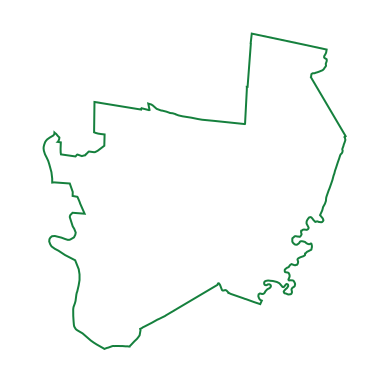 outline of C.A. Rosetti, Buzau, Romania, rotated 273°
{"feature_id": "2599482B61435890131280", "entity_name": "C.A. Rosetti", "entity_type": "district", "adm_level": 2, "iso_a3": "ROU", "parent_name": "Romania", "parent_adm1": "Buzau", "projection": "equal_earth", "projection_center": [27.145, 45.049], "detail": "fine", "context": "isolated", "style": "outline", "palette": "green", "viewbox_px": 384, "rotation_deg": 273, "n_neighbors": 0, "source": "geoboundaries", "source_scale": "gbopen_adm2", "svg_char_len": 5935}
<svg xmlns="http://www.w3.org/2000/svg" viewBox="0 0 384 384"><g transform="rotate(273 192 192)"><path d="M255.8,342.5L312.9,304.7L313.2,304.9L315.3,305.0L316.1,305.2L316.6,305.9L316.9,306.4L317.0,308.1L317.3,308.8L317.5,309.1L318.1,310.9L318.9,312.8L319.7,314.4L320.0,315.2L320.7,316.3L321.1,316.7L321.8,317.3L323.1,318.0L324.5,319.0L325.2,319.2L326.2,319.0L327.2,318.9L329.5,319.6L330.4,319.7L331.6,319.5L331.8,319.2L332.7,317.4L333.4,316.9L334.3,316.9L335.0,317.1L336.2,317.8L338.1,318.6L339.5,318.8L341.3,319.0L345.1,295.6L353.3,243.4L343.4,242.8L343.3,243.0L299.9,242.0L299.9,241.3L299.9,241.2L299.3,241.3L296.5,241.4L262.8,241.4L262.6,241.2L264.2,209.9L264.7,198.3L265.2,194.0L266.2,187.3L266.4,185.3L267.1,178.5L267.8,174.5L268.7,171.6L268.9,171.5L269.6,168.6L269.7,166.6L269.8,165.7L270.1,164.9L270.9,162.2L271.8,157.6L271.7,157.1L273.2,152.3L276.4,148.3L276.9,147.4L277.2,146.9L278.0,143.7L271.7,145.3L271.5,144.8L273.0,137.3L271.7,136.9L271.8,136.6L271.7,136.6L271.7,136.4L276.8,89.9L246.5,91.1L245.9,92.9L245.4,95.3L245.1,98.4L244.9,101.7L233.6,102.0L228.2,95.6L226.8,93.2L226.6,92.2L227.0,87.5L227.0,86.9L226.5,86.3L223.8,84.0L223.9,83.9L222.9,83.1L222.9,82.5L222.1,80.1L223.4,75.7L223.3,75.4L223.2,75.2L221.4,73.8L222.7,59.2L224.5,58.8L228.2,58.5L234.7,58.4L235.0,55.3L235.4,55.7L237.5,56.5L238.9,56.7L239.5,56.7L240.9,55.1L243.0,53.2L243.5,52.3L244.2,51.5L242.6,51.5L241.2,50.6L238.9,47.1L236.9,44.6L235.5,43.5L234.1,42.7L231.4,41.9L229.2,41.5L227.8,41.5L225.5,41.9L222.0,43.2L218.5,45.2L215.5,46.8L212.0,48.1L204.4,50.6L198.0,51.7L194.1,51.9L194.4,53.8L194.1,69.5L185.8,72.9L181.8,73.0L181.2,77.7L180.9,78.0L176.6,80.1L174.4,81.0L164.7,85.9L165.0,73.8L162.6,71.7L161.4,71.3L160.4,71.3L151.4,74.7L149.1,76.3L145.4,78.0L143.2,77.7L140.5,76.5L138.4,73.3L137.9,72.3L137.7,70.5L138.4,67.8L139.6,64.0L140.9,57.3L140.5,54.5L139.1,53.0L137.4,52.1L135.1,52.0L132.3,53.2L130.3,54.6L128.1,58.0L126.4,61.7L122.4,68.5L117.7,78.9L109.0,82.9L103.8,84.0L98.2,84.3L92.8,83.7L86.6,82.6L85.4,82.2L83.6,81.9L77.1,81.4L74.8,80.9L70.9,79.7L68.7,79.5L62.0,79.9L56.8,80.5L53.2,81.0L51.6,81.4L50.6,82.0L48.9,83.2L48.0,84.5L45.1,90.1L38.4,98.7L36.5,101.7L34.8,104.7L31.0,112.3L30.7,112.7L31.8,115.1L32.2,116.5L33.8,120.2L34.1,121.2L34.1,122.5L34.3,125.1L34.5,131.2L34.4,133.5L34.5,136.0L34.4,136.7L34.4,137.8L34.8,137.9L36.1,139.1L39.9,142.3L42.4,144.7L43.8,145.7L45.8,147.0L46.2,147.2L50.4,147.7L50.8,147.8L51.1,147.8L52.6,147.4L53.3,148.8L54.4,150.2L55.2,151.7L59.4,158.9L62.9,164.4L63.0,164.8L66.9,171.8L67.5,172.5L100.6,222.3L101.4,222.5L102.0,222.8L102.2,223.0L102.2,223.4L102.1,223.8L100.6,224.9L95.8,227.0L95.5,227.3L95.3,227.6L95.2,228.1L95.3,228.7L95.8,230.4L95.6,231.2L95.3,231.7L94.0,233.1L93.1,233.6L93.3,234.0L92.9,234.6L92.3,235.9L88.9,247.7L88.5,249.1L88.1,250.2L87.8,251.6L85.3,259.8L83.6,266.0L87.2,267.4L87.6,266.2L88.2,265.3L89.8,264.3L91.4,263.7L91.8,263.7L93.3,263.9L94.2,265.1L94.1,266.0L93.8,267.4L94.1,268.7L94.8,269.5L95.5,270.0L96.4,270.3L98.3,271.8L99.0,272.6L100.0,274.4L100.6,275.0L101.5,275.6L102.3,275.7L102.9,275.5L103.1,275.4L103.7,274.6L103.9,273.9L103.7,272.6L103.0,271.6L102.8,270.9L102.9,269.9L103.2,269.4L103.8,269.0L104.8,268.8L105.7,268.9L106.5,269.4L107.1,270.5L107.5,272.1L107.6,273.0L107.4,275.5L107.4,276.8L107.3,277.8L106.6,281.4L106.2,282.4L105.5,283.9L104.7,284.8L102.0,287.3L101.9,287.4L101.8,288.2L102.0,288.7L104.7,290.7L105.1,291.4L104.8,292.3L104.5,292.7L103.9,292.9L103.0,293.0L102.1,292.5L101.0,291.8L100.5,291.3L99.9,290.6L98.3,289.3L97.2,288.8L96.1,289.3L95.6,290.1L95.6,290.7L95.5,291.2L94.8,293.1L94.7,293.8L94.9,294.9L95.1,295.9L95.5,296.5L96.4,296.9L97.2,297.1L98.6,296.8L99.5,296.5L100.1,296.5L101.0,296.9L101.7,297.4L102.8,299.0L103.5,299.5L105.4,299.8L106.1,299.6L107.3,299.0L108.7,298.0L109.0,297.0L109.0,294.9L108.8,294.1L108.8,293.5L109.4,292.9L109.8,292.9L111.9,293.7L113.0,293.9L114.0,293.8L114.9,293.5L116.3,292.6L116.6,291.7L116.7,290.3L116.9,289.2L117.6,288.8L118.4,288.7L119.4,288.8L120.7,290.1L121.4,291.0L122.0,292.4L123.8,293.5L124.5,294.1L125.0,294.9L125.2,295.2L124.4,297.7L124.2,298.8L124.6,299.6L124.7,300.5L125.3,300.8L125.6,301.2L126.2,301.4L127.1,301.6L128.1,301.6L129.9,300.9L130.5,301.0L131.1,301.4L132.0,302.7L132.7,304.1L133.7,306.6L134.7,308.0L135.1,308.2L136.4,308.1L136.6,308.2L136.7,308.5L136.8,308.6L136.9,308.8L138.1,309.8L138.5,310.3L139.1,311.6L139.7,312.4L140.1,313.3L140.6,314.1L141.2,314.3L142.2,314.4L143.0,314.6L143.7,314.6L144.3,314.6L145.8,314.2L146.6,313.9L146.8,313.6L146.8,313.4L146.1,312.2L146.0,311.6L146.1,310.8L146.5,309.7L146.9,308.9L148.0,307.5L148.2,306.9L148.2,306.5L148.4,305.9L148.6,304.3L148.5,303.2L148.0,302.4L147.0,301.9L146.4,301.5L145.0,299.8L144.8,299.1L144.9,297.7L145.4,296.8L145.8,296.5L146.1,295.9L147.6,294.8L150.5,294.6L151.2,294.8L151.6,295.3L151.9,295.7L153.0,296.7L153.2,297.1L153.3,297.6L153.2,298.6L153.0,300.2L153.1,300.9L152.9,301.3L152.9,302.0L153.0,302.2L153.9,302.9L155.3,303.6L155.8,303.6L156.8,303.2L157.8,303.0L158.9,303.0L159.1,303.1L159.2,303.8L159.9,304.4L160.3,305.2L160.4,306.3L160.3,306.7L160.3,307.7L160.2,308.5L160.4,309.0L160.9,309.7L161.2,310.0L162.0,310.3L162.6,310.3L166.2,308.2L166.8,308.0L168.1,308.0L168.9,308.1L170.3,308.7L171.5,309.4L172.7,310.3L173.1,311.5L173.1,311.9L172.8,312.6L171.8,313.6L170.1,315.0L169.1,316.2L168.7,316.5L168.6,317.0L169.1,317.9L169.2,319.0L168.7,320.3L168.7,320.9L168.6,321.8L168.6,322.9L168.9,323.6L170.0,324.5L170.6,324.7L171.0,324.6L172.4,324.0L175.6,321.1L180.4,323.0L182.7,323.5L183.6,323.6L187.3,325.4L190.1,326.2L193.2,326.3L194.6,326.6L200.8,328.4L202.4,329.0L207.1,330.4L211.3,331.6L215.7,332.5L218.0,333.2L220.7,333.7L223.4,334.5L229.4,336.1L233.1,337.2L236.2,338.0L237.4,338.5L238.4,339.5L238.8,339.7L239.7,340.1L241.1,340.3L242.1,339.9L243.0,339.9L245.8,340.8L247.4,341.1L249.5,341.8L251.8,342.4L252.3,342.4L253.0,342.1L254.0,342.0L254.4,341.8L254.7,341.4L254.9,341.4L255.2,341.5L255.8,342.5Z" fill="none" stroke="#15803d" stroke-width="2"/></g></svg>